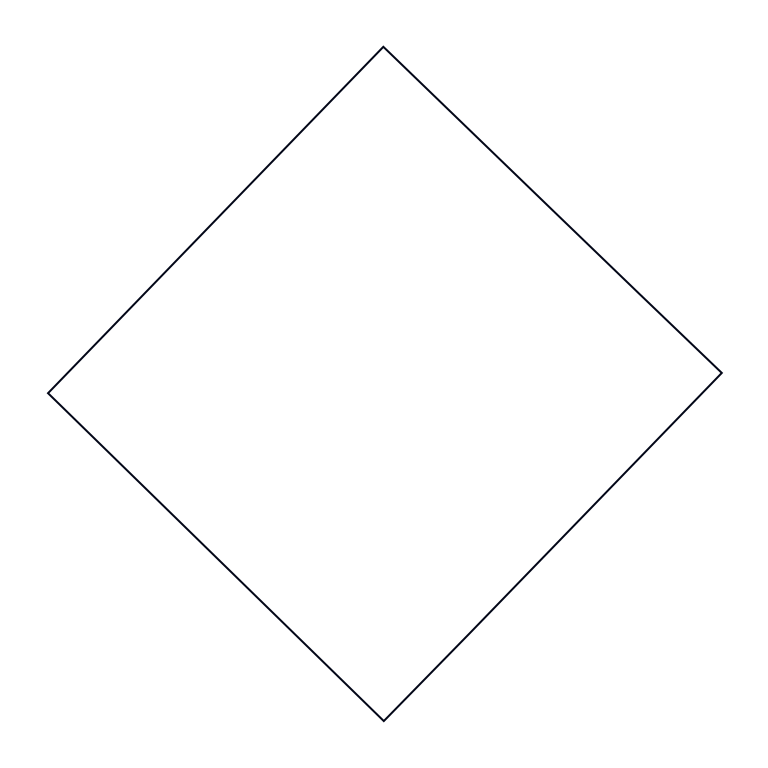 Butler, Iowa, United States of America (Equal Earth projection), rotated 314°
{"feature_id": "52423323B94920072587023", "entity_name": "Butler", "entity_type": "district", "adm_level": 2, "iso_a3": "USA", "parent_name": "United States of America", "parent_adm1": "Iowa", "projection": "equal_earth", "projection_center": [-92.775, 42.732], "detail": "fine", "context": "isolated", "style": "outline", "palette": "ink", "viewbox_px": 768, "rotation_deg": 314, "n_neighbors": 0, "source": "geoboundaries", "source_scale": "gbopen_adm2", "svg_char_len": 262}
<svg xmlns="http://www.w3.org/2000/svg" viewBox="0 0 768 768"><g transform="rotate(314 384 384)"><path d="M144.0,148.7L141.4,618.0L263.6,618.8L626.6,619.3L626.2,503.5L626.1,385.9L626.1,149.3L144.0,148.7Z" fill="none" stroke="#020617" stroke-width="2"/></g></svg>